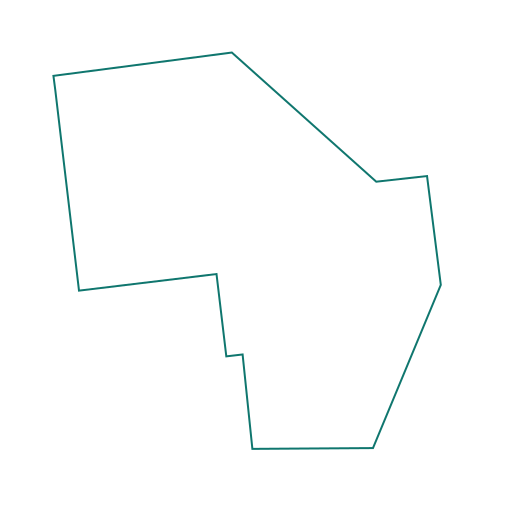 the district of Cameron, Pennsylvania, United States of America, rotated 353°
{"feature_id": "52423323B90482699939397", "entity_name": "Cameron", "entity_type": "district", "adm_level": 2, "iso_a3": "USA", "parent_name": "United States of America", "parent_adm1": "Pennsylvania", "projection": "robinson", "projection_center": [-78.213, 41.418], "detail": "fine", "context": "isolated", "style": "outline", "palette": "teal", "viewbox_px": 512, "rotation_deg": 353, "n_neighbors": 0, "source": "geoboundaries", "source_scale": "gbopen_adm2", "svg_char_len": 315}
<svg xmlns="http://www.w3.org/2000/svg" viewBox="0 0 512 512"><g transform="rotate(353 256 256)"><path d="M256.8,51.1L76.9,52.5L77.0,67.4L76.1,268.8L214.6,269.1L214.3,352.0L230.7,352.1L228.9,447.0L348.7,460.9L435.9,307.2L435.5,197.5L384.4,196.9L256.8,51.1Z" fill="none" stroke="#0f766e" stroke-width="2"/></g></svg>